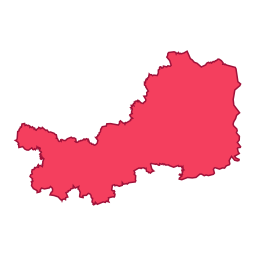 Arteaga, Michoacán, Mexico (Robinson projection)
{"feature_id": "50627088B17645051575060", "entity_name": "Arteaga", "entity_type": "district", "adm_level": 2, "iso_a3": "MEX", "parent_name": "Mexico", "parent_adm1": "Michoacán", "projection": "robinson", "projection_center": [-102.407, 18.388], "detail": "fine", "context": "isolated", "style": "filled", "palette": "rose", "viewbox_px": 256, "rotation_deg": 0, "n_neighbors": 0, "source": "geoboundaries", "source_scale": "gbopen_adm2", "svg_char_len": 5813}
<svg xmlns="http://www.w3.org/2000/svg" viewBox="0 0 256 256"><path d="M240.6,84.0L237.9,81.7L236.0,68.9L235.2,67.4L226.4,65.0L225.1,64.1L224.8,64.6L224.1,64.1L222.8,64.2L223.1,62.9L221.4,60.7L219.3,59.3L218.0,59.1L216.4,60.6L215.5,60.7L214.3,61.8L213.2,61.5L211.6,63.0L210.9,62.2L209.9,62.9L209.1,62.9L208.7,62.3L207.8,62.6L206.6,63.3L205.7,64.9L201.3,67.0L197.1,63.3L194.3,62.3L192.1,59.8L190.4,58.7L187.1,51.2L183.7,53.1L181.0,53.8L180.2,53.3L179.2,53.8L178.4,52.5L177.7,53.3L176.5,53.2L176.2,53.8L175.8,52.5L174.1,51.8L168.7,52.5L167.9,53.5L167.6,55.7L166.8,57.1L169.7,60.6L171.2,65.3L170.2,66.3L167.9,65.8L166.8,66.9L163.4,66.1L163.0,67.7L161.9,68.1L160.8,66.8L160.0,66.9L159.5,67.7L159.5,69.3L158.3,70.0L158.3,73.1L157.2,75.5L153.8,75.1L152.6,75.7L151.4,74.7L149.8,74.7L149.2,74.0L148.6,77.2L147.5,78.1L147.3,79.1L146.7,79.0L146.9,79.6L145.7,80.0L145.4,82.7L144.5,82.3L144.5,85.0L145.7,86.0L145.8,87.0L148.3,91.1L146.7,92.5L146.9,94.8L146.5,96.0L143.9,96.2L145.8,99.4L145.7,100.7L145.3,101.6L144.5,101.8L143.1,103.5L140.9,102.8L138.8,100.7L138.4,101.5L137.6,100.6L137.3,101.5L136.5,101.0L135.3,101.3L134.7,102.4L135.1,103.0L134.6,102.6L134.7,103.4L133.9,103.3L133.2,104.2L133.6,105.3L132.9,104.8L132.6,105.3L131.4,105.4L132.2,106.3L131.5,106.6L131.6,107.4L130.9,107.6L131.3,107.9L131.2,108.7L132.0,108.5L132.3,109.1L131.5,112.2L132.2,113.6L131.1,113.9L130.4,115.0L129.3,114.7L130.3,115.6L130.4,116.6L132.6,118.3L130.5,119.3L130.6,120.4L126.2,122.9L125.5,122.6L124.9,124.2L124.3,123.1L123.3,123.2L120.4,120.8L119.4,122.0L119.7,123.1L118.3,125.0L110.5,123.6L106.8,123.8L106.3,126.0L102.3,126.7L101.6,127.7L101.5,128.7L100.7,129.1L100.5,131.3L99.9,132.5L99.1,132.9L99.1,134.4L98.3,135.3L97.8,135.2L97.6,136.4L96.6,137.0L96.7,137.7L95.8,137.6L97.9,140.4L97.2,143.2L95.6,144.8L94.2,145.2L93.5,144.3L91.7,144.2L91.5,143.4L89.9,143.0L89.1,142.1L89.1,141.3L88.1,140.9L88.6,140.1L88.1,139.2L87.8,139.5L86.6,138.7L85.5,139.3L84.4,139.1L84.7,139.7L83.4,139.6L81.8,140.6L80.8,140.4L79.9,141.1L79.0,141.0L77.6,142.3L76.3,142.3L75.3,141.6L76.1,141.2L75.7,138.8L74.1,137.9L72.4,138.1L71.3,137.2L67.3,138.8L65.5,140.5L63.8,140.5L61.9,139.5L61.4,140.2L60.9,140.0L61.0,140.7L60.6,140.3L60.4,141.0L59.2,141.5L58.6,141.1L57.3,138.3L56.4,138.3L56.7,136.9L56.3,134.8L55.4,134.6L54.1,133.3L50.5,132.0L48.7,132.2L47.0,130.0L45.9,130.5L42.3,127.4L41.8,128.3L40.6,128.6L40.7,128.2L38.7,127.4L38.5,128.2L36.7,129.4L36.3,130.2L35.4,129.9L34.8,128.5L34.2,128.9L34.2,128.0L33.1,127.8L32.5,126.8L31.4,127.5L30.4,126.6L29.8,127.2L29.5,125.9L28.5,125.3L27.6,125.6L26.4,124.9L25.1,125.5L24.6,123.5L22.0,124.0L21.4,127.1L20.4,127.1L20.1,128.3L19.1,129.4L18.9,130.9L17.7,131.5L17.2,138.6L16.6,140.0L15.4,140.4L17.6,141.9L18.5,143.2L18.7,143.8L18.1,144.3L18.7,145.2L18.9,147.5L22.7,146.6L24.9,149.1L26.8,150.0L28.6,150.1L31.8,147.9L32.8,149.5L33.6,149.7L34.6,148.8L35.4,149.8L36.7,148.2L37.0,146.8L37.5,147.5L38.2,147.4L38.2,148.8L39.5,147.8L40.1,148.1L40.2,148.8L39.5,149.5L39.5,150.8L41.1,151.6L41.4,152.3L39.8,154.2L41.3,155.1L40.2,155.8L40.1,156.5L40.5,157.0L41.9,156.8L42.2,157.5L41.7,158.2L40.5,158.1L40.4,158.7L41.2,159.3L43.3,158.2L43.9,158.8L42.8,161.7L42.8,163.4L42.2,164.3L42.7,164.9L42.3,166.6L40.6,165.5L39.0,165.9L38.4,164.6L37.7,165.5L38.3,167.3L36.4,167.1L35.4,168.0L34.6,167.6L33.9,169.5L32.2,169.7L31.7,172.0L32.3,173.9L30.7,174.8L30.0,176.5L32.5,178.8L32.1,180.0L32.9,181.0L32.6,181.6L31.4,181.8L32.0,183.4L31.5,185.6L33.4,188.6L37.1,190.6L37.1,192.6L39.9,191.9L39.9,191.3L40.6,191.1L40.2,190.0L41.5,188.1L44.5,188.9L49.4,187.9L50.5,186.5L52.4,188.3L52.6,189.7L52.4,191.6L51.3,192.2L50.0,194.9L54.1,195.5L58.2,196.9L60.8,199.8L61.7,199.7L62.0,200.6L62.3,199.7L63.4,199.2L64.5,199.0L65.5,199.6L65.7,197.6L67.8,197.0L66.0,192.6L67.9,192.0L68.6,191.2L68.4,190.7L70.2,190.3L70.8,188.9L73.1,188.3L73.3,185.7L75.1,188.1L78.7,186.5L78.0,188.9L79.0,189.4L80.2,192.4L79.6,196.3L80.0,197.0L83.1,197.6L83.2,197.1L82.5,196.7L83.1,195.5L86.4,195.3L88.3,193.4L89.8,193.8L91.0,195.3L91.2,197.2L92.0,198.3L92.6,198.4L92.0,201.9L93.5,203.7L93.1,204.4L93.7,204.8L95.6,203.7L95.0,203.1L95.3,202.2L97.3,204.3L103.2,201.9L105.4,202.4L106.3,201.1L108.8,201.9L108.2,200.6L108.7,198.7L108.5,197.8L113.3,196.7L114.1,197.1L114.7,196.2L115.0,194.1L113.8,193.3L114.7,191.6L114.1,190.6L113.0,190.9L111.7,189.9L112.4,185.4L114.3,184.7L114.9,185.1L114.9,185.7L116.9,185.3L119.3,186.3L122.3,185.3L122.3,182.6L123.5,184.2L126.6,183.6L127.2,184.1L129.0,182.7L135.3,181.9L135.8,180.5L135.4,179.8L135.7,175.7L134.2,174.1L134.9,172.9L134.0,170.8L138.7,168.1L140.6,168.1L141.1,168.5L141.9,167.9L143.9,167.8L145.1,168.7L146.0,168.3L146.5,171.2L148.5,172.0L148.8,172.7L149.6,172.5L150.4,173.1L151.7,171.8L153.7,171.0L152.5,170.3L152.6,169.6L151.8,169.1L150.5,164.0L151.1,163.4L155.8,164.3L156.2,163.9L159.0,165.3L159.6,165.1L159.7,163.6L162.1,164.4L162.7,163.7L163.7,164.1L163.9,164.6L164.7,164.1L165.5,165.0L168.7,164.9L169.1,165.5L173.7,167.2L178.2,165.5L178.7,166.4L181.3,166.3L182.0,167.7L182.8,166.6L183.1,168.9L183.8,169.8L183.1,169.9L182.8,171.2L182.2,170.0L181.8,170.1L182.5,172.2L182.1,173.5L182.4,174.3L181.3,174.7L179.8,174.1L179.3,174.8L181.8,176.0L179.4,178.1L179.2,179.1L181.8,179.7L187.5,177.5L192.3,177.9L196.0,177.4L199.9,174.1L201.6,174.1L204.2,175.7L206.1,175.0L208.5,175.6L213.4,174.3L214.4,173.1L213.4,169.3L214.4,167.9L215.2,167.7L219.5,169.1L222.6,167.9L224.6,168.1L226.3,165.8L229.3,164.7L229.8,163.9L229.2,160.5L231.5,156.4L234.6,160.2L237.4,160.9L238.9,160.5L239.1,159.4L236.1,158.1L234.6,156.2L239.3,153.5L238.1,151.7L237.4,148.4L238.1,147.7L240.3,147.4L240.6,146.7L237.3,142.4L239.2,140.1L239.4,136.3L236.6,133.1L236.4,132.4L237.2,130.8L236.8,129.0L233.6,125.8L233.1,124.1L233.7,121.8L235.6,118.6L236.6,115.3L239.6,112.8L233.8,105.1L233.2,99.5L234.8,90.0L239.8,85.7L240.6,84.0Z" fill="#f43f5e" stroke="#9f1239" stroke-width="1.5"/></svg>